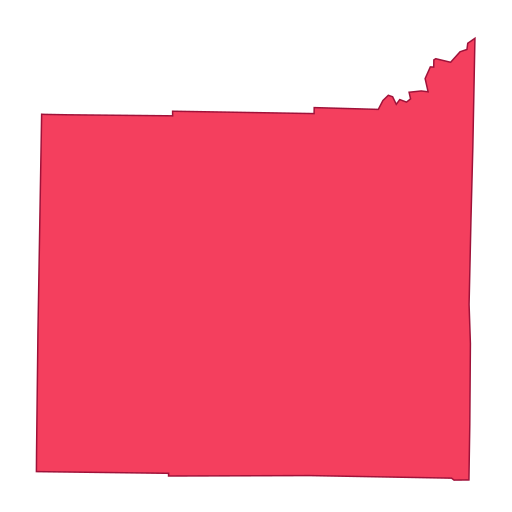 outline of Johnson, Wyoming, United States of America, rotated 91°
{"feature_id": "52423323B17781084985346", "entity_name": "Johnson", "entity_type": "district", "adm_level": 2, "iso_a3": "USA", "parent_name": "United States of America", "parent_adm1": "Wyoming", "projection": "robinson", "projection_center": [-106.875, 44.028], "detail": "fine", "context": "isolated", "style": "filled", "palette": "rose", "viewbox_px": 512, "rotation_deg": 91, "n_neighbors": 0, "source": "geoboundaries", "source_scale": "gbopen_adm2", "svg_char_len": 647}
<svg xmlns="http://www.w3.org/2000/svg" viewBox="0 0 512 512"><g transform="rotate(91 256 256)"><path d="M455.5,472.0L475.4,471.8L474.8,339.6L477.5,339.6L474.6,198.7L474.7,56.6L476.6,54.1L476.2,39.2L421.0,39.3L340.0,40.1L300.7,42.1L214.8,41.7L143.7,41.1L34.5,40.9L39.6,48.0L45.8,48.7L48.2,55.5L58.9,64.8L55.6,79.7L56.8,81.6L64.0,81.6L63.9,85.0L75.7,90.0L88.8,86.8L88.1,93.7L89.6,105.8L96.2,104.2L99.5,108.2L97.1,115.0L101.9,118.4L94.4,122.2L93.0,126.5L98.3,131.8L107.3,136.3L106.6,200.4L112.6,200.4L112.7,341.9L117.3,341.8L118.1,447.2L118.1,469.6L118.0,472.8L335.1,472.7L455.5,472.0Z" fill="#f43f5e" stroke="#9f1239" stroke-width="1.5"/></g></svg>